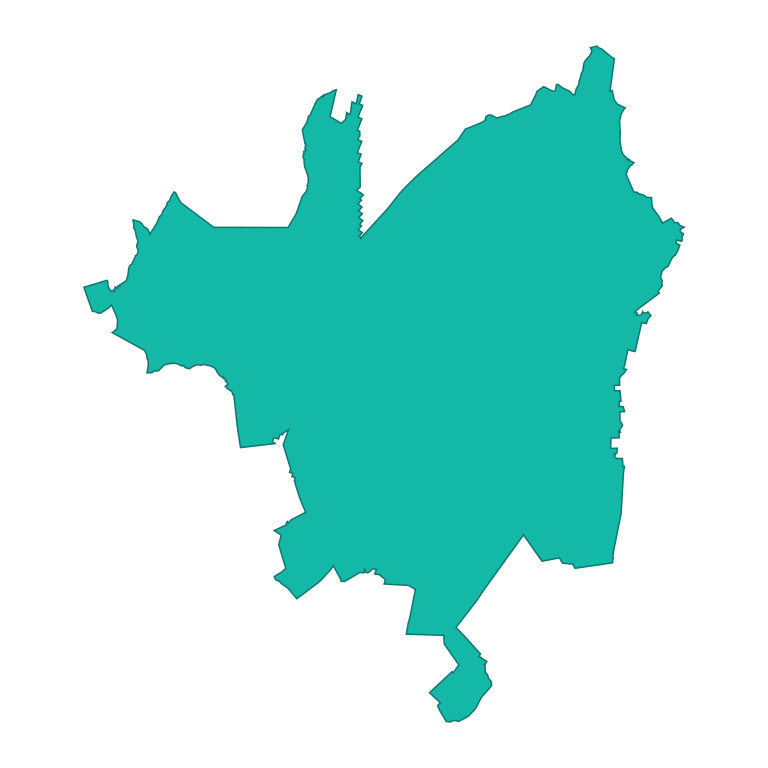 outline of Cuyoaco, Puebla, Mexico
{"feature_id": "50627088B87175964143986", "entity_name": "Cuyoaco", "entity_type": "district", "adm_level": 2, "iso_a3": "MEX", "parent_name": "Mexico", "parent_adm1": "Puebla", "projection": "orthographic", "projection_center": [-97.601, 19.584], "detail": "fine", "context": "isolated", "style": "filled", "palette": "teal", "viewbox_px": 768, "rotation_deg": 0, "n_neighbors": 0, "source": "geoboundaries", "source_scale": "gbopen_adm2", "svg_char_len": 6069}
<svg xmlns="http://www.w3.org/2000/svg" viewBox="0 0 768 768"><path d="M684.1,227.2L680.3,225.7L677.8,222.6L674.5,222.7L673.2,220.4L671.2,218.2L662.6,223.1L658.6,216.0L653.8,209.6L652.1,206.6L651.5,197.6L646.9,197.4L643.6,195.1L637.5,193.3L637.7,192.5L633.7,191.8L626.2,174.5L627.5,169.9L630.0,166.0L632.4,164.6L633.3,163.0L633.9,162.6L628.1,159.9L629.2,159.6L625.9,157.4L622.9,154.1L621.4,150.3L620.0,140.9L620.2,132.2L619.6,120.9L621.1,114.2L623.8,109.4L625.2,108.0L617.0,103.9L614.1,99.5L612.3,90.5L610.0,91.4L614.4,58.5L612.0,57.5L602.1,49.2L598.3,47.6L596.8,46.1L592.3,47.4L590.3,47.6L591.0,49.2L591.7,49.4L591.7,52.0L590.7,53.6L591.1,54.0L585.2,60.8L583.8,63.6L582.8,70.8L581.0,74.3L580.6,77.1L578.9,81.6L579.0,84.0L576.0,89.4L575.0,94.5L573.0,95.0L571.8,93.7L571.6,92.9L569.6,91.2L562.4,87.7L557.9,84.4L556.4,84.6L555.6,89.9L554.6,91.1L552.8,91.1L551.3,90.5L543.6,86.6L537.0,91.3L535.8,94.7L530.6,104.9L512.7,112.0L508.9,114.5L507.3,114.6L505.3,116.2L504.2,115.9L497.0,117.9L496.2,117.8L492.3,115.5L490.6,115.0L488.4,115.1L486.1,116.5L485.5,118.1L485.6,119.8L484.9,120.0L484.7,120.8L480.8,122.9L465.3,129.1L457.2,141.1L456.8,141.0L417.1,175.7L404.0,188.6L400.1,192.9L387.9,208.4L361.7,237.0L360.7,239.3L360.7,237.4L359.1,236.2L362.4,232.7L358.1,229.5L361.6,225.9L359.6,224.4L362.8,220.7L358.7,217.4L362.4,213.9L358.6,210.8L362.0,207.1L358.0,203.8L361.5,200.2L359.7,198.8L363.4,195.0L361.2,193.5L361.2,193.1L356.7,190.6L360.2,186.9L360.0,167.2L362.0,163.4L358.2,161.9L361.2,154.2L357.3,152.7L361.8,141.4L357.9,139.8L359.5,135.7L359.9,135.8L359.8,131.3L357.3,130.3L361.9,118.8L358.0,117.2L362.7,105.4L359.2,104.0L362.0,96.2L358.1,94.6L356.3,103.8L352.0,101.8L350.3,113.4L349.6,114.2L346.6,112.6L346.9,114.0L347.3,114.1L346.7,115.1L346.3,114.8L345.6,119.4L341.3,123.3L330.1,116.7L336.3,89.7L332.8,90.8L330.7,92.5L325.0,94.6L323.1,96.6L323.3,95.4L317.4,99.6L315.4,103.2L310.1,115.1L308.5,116.3L306.7,122.7L302.3,129.8L305.0,143.6L305.8,143.7L304.9,148.9L306.0,149.2L305.5,150.9L303.7,151.3L304.2,153.6L303.5,153.6L303.1,157.2L303.4,158.5L304.5,159.8L304.0,161.5L304.7,166.8L306.9,172.8L308.3,177.8L308.2,183.0L307.0,185.8L307.6,187.7L305.8,192.1L302.3,196.2L296.2,213.8L288.0,227.5L213.7,227.3L181.3,203.0L179.2,199.9L175.6,192.7L174.0,191.9L171.0,196.7L169.4,201.2L168.6,201.3L167.3,202.7L166.1,206.7L163.1,210.5L161.7,214.7L159.4,216.7L156.9,223.0L149.7,234.5L149.0,231.7L147.6,229.0L144.7,227.3L142.8,225.5L142.4,224.3L140.6,222.4L139.2,221.6L133.1,219.9L133.1,222.0L134.0,223.8L133.6,227.5L135.3,230.8L136.1,235.7L138.0,241.4L136.7,245.4L136.9,247.3L138.0,250.0L138.0,251.8L136.9,255.2L135.4,255.6L135.1,257.4L134.0,258.9L133.5,260.9L132.5,262.0L131.7,264.5L129.7,265.5L128.7,268.7L127.9,275.1L126.6,279.6L125.6,281.2L119.7,284.9L120.0,286.1L117.9,285.9L117.7,288.0L115.1,287.0L115.0,287.7L115.6,288.4L113.5,289.7L114.4,291.0L111.2,291.3L110.9,290.3L110.0,290.1L108.0,286.1L107.8,281.5L106.9,280.3L83.9,287.3L92.4,311.4L94.6,311.5L98.7,313.2L100.8,313.1L109.0,307.6L111.4,304.9L115.7,314.3L117.6,320.0L117.0,328.8L112.2,332.6L144.5,350.4L147.0,355.3L146.6,356.0L147.1,358.5L148.1,360.7L148.3,364.8L147.0,372.9L152.3,372.6L153.7,371.1L158.4,370.8L164.4,364.8L166.9,364.3L168.0,363.4L169.7,364.0L170.6,363.3L176.7,363.5L181.2,365.7L182.6,366.1L183.6,365.4L184.8,367.1L186.5,368.1L189.6,368.7L192.3,366.7L196.5,364.9L198.1,364.8L200.4,365.2L204.9,364.5L208.0,365.6L210.9,365.7L211.2,366.3L213.4,367.2L215.7,369.2L217.3,372.5L219.6,375.5L220.5,376.2L222.3,376.5L221.8,376.8L223.7,378.7L224.6,378.1L225.6,381.3L226.0,380.9L228.1,384.3L225.2,386.4L227.8,389.0L229.5,389.8L232.1,392.0L232.8,394.5L233.8,394.6L237.3,426.6L240.5,447.6L275.9,443.5L272.4,442.4L273.7,437.6L278.5,439.0L280.2,434.1L282.7,434.8L283.1,433.2L288.5,429.6L283.2,444.8L290.8,469.4L290.5,469.3L289.5,472.4L293.0,473.5L291.9,476.6L295.4,477.7L294.3,480.8L295.4,481.1L294.9,482.7L299.6,497.7L305.6,512.3L291.2,519.8L288.2,522.9L287.3,521.6L286.2,523.3L286.8,524.6L274.2,530.5L281.2,535.2L278.7,544.8L285.8,568.4L281.4,572.2L274.4,576.4L274.2,576.7L275.5,579.4L276.1,580.1L279.3,581.2L281.6,583.8L287.4,587.7L296.8,598.7L317.7,583.1L321.1,580.1L330.3,570.1L333.3,565.7L341.1,580.0L341.0,581.4L344.7,581.4L359.8,572.5L363.9,572.9L364.8,568.4L364.9,570.0L365.7,572.2L366.4,572.7L368.4,572.5L369.6,571.8L372.4,568.9L373.2,568.9L376.4,569.3L374.8,574.1L379.5,574.7L385.4,579.7L384.1,584.0L408.3,585.4L415.4,589.4L409.8,617.8L408.3,622.7L406.3,634.2L443.8,635.3L444.2,643.9L458.8,664.9L453.2,672.9L452.1,671.6L429.5,692.7L440.5,703.0L439.2,703.8L437.6,705.8L439.9,710.8L446.3,721.6L450.5,721.9L453.9,720.4L458.9,721.3L468.5,716.1L475.3,709.0L481.4,697.4L490.4,687.2L491.7,685.2L491.6,683.7L491.0,682.4L490.9,680.9L488.4,678.0L487.7,675.1L485.1,671.9L485.4,669.7L485.0,665.2L484.4,664.5L485.3,664.3L486.8,661.5L479.0,656.4L480.5,654.0L464.6,636.3L456.0,627.5L476.9,600.4L482.9,591.3L523.5,534.9L542.0,561.2L559.4,557.9L562.4,563.1L572.8,564.2L575.0,568.3L612.6,562.8L612.8,559.4L613.0,558.5L613.4,558.4L612.8,556.4L613.5,551.5L621.1,513.4L623.5,472.2L624.5,466.4L623.0,466.3L622.4,458.5L616.6,458.5L614.5,456.6L614.6,455.2L615.1,455.2L615.2,454.7L614.7,453.5L616.8,453.4L617.3,448.2L611.0,448.4L610.7,447.8L611.0,438.1L619.2,437.8L619.0,432.5L620.5,432.2L619.8,430.8L618.8,430.9L622.3,426.0L622.6,424.9L620.0,420.9L619.9,411.8L624.6,411.6L623.2,406.6L619.2,406.4L619.5,401.2L621.0,401.2L620.0,390.7L614.7,390.8L614.2,385.6L619.7,385.2L619.5,377.9L621.2,375.7L624.2,373.0L626.5,369.4L623.3,368.7L624.5,365.9L627.9,349.6L631.7,350.9L635.1,351.5L641.7,322.7L646.3,323.6L648.0,318.9L650.9,315.7L647.9,311.8L646.8,312.8L644.2,313.0L643.0,312.5L642.7,311.6L641.0,315.1L636.6,315.3L637.4,313.2L634.6,312.6L634.8,312.1L639.6,307.8L659.4,293.1L657.9,291.5L662.4,285.6L661.8,283.8L662.3,280.4L661.1,279.0L660.7,275.9L661.7,273.3L661.6,271.9L664.6,268.5L668.1,266.3L671.7,258.8L673.1,256.6L675.4,255.1L676.1,253.3L677.4,251.6L679.9,245.2L676.0,243.2L676.7,240.0L681.2,241.3L682.1,240.6L682.1,235.8L683.3,235.0L683.4,233.5L680.9,232.7L680.1,229.5L684.1,227.2Z" fill="#14b8a6" stroke="#0f766e" stroke-width="1.5"/></svg>